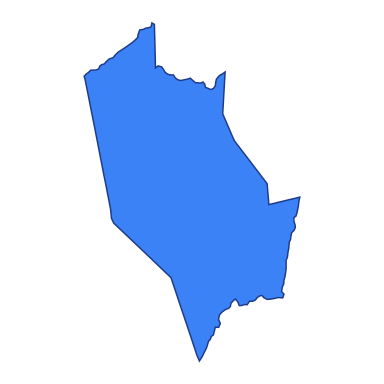 outline of Paraíba do Sul, Rio de Janeiro, Brazil
{"feature_id": "56859067B2096701978992", "entity_name": "Paraíba do Sul", "entity_type": "district", "adm_level": 2, "iso_a3": "BRA", "parent_name": "Brazil", "parent_adm1": "Rio de Janeiro", "projection": "natural_earth1", "projection_center": [-43.283, -22.187], "detail": "fine", "context": "isolated", "style": "filled", "palette": "blue", "viewbox_px": 384, "rotation_deg": 0, "n_neighbors": 0, "source": "geoboundaries", "source_scale": "gbopen_adm2", "svg_char_len": 1999}
<svg xmlns="http://www.w3.org/2000/svg" viewBox="0 0 384 384"><path d="M84.2,76.2L85.1,79.5L88.8,98.1L91.1,109.9L93.3,120.7L97.4,141.7L103.9,175.2L106.4,187.4L107.3,192.4L108.7,199.4L110.6,209.4L111.5,218.4L113.7,223.1L147.7,255.4L171.0,277.7L177.1,295.8L178.4,299.9L179.4,302.8L186.6,324.2L187.8,327.8L191.2,337.9L196.9,355.2L199.4,361.0L202.0,357.0L203.7,353.4L205.1,350.8L206.3,348.4L207.5,344.8L208.5,341.4L210.3,339.3L211.3,336.5L213.4,334.9L214.4,331.0L215.3,327.3L218.7,327.3L220.3,323.4L218.5,319.2L219.6,314.6L222.6,311.6L225.6,309.5L228.6,308.3L230.4,306.4L231.0,303.2L233.4,300.6L235.5,299.1L237.8,301.9L239.3,305.6L241.7,305.5L244.6,304.5L247.1,304.8L249.5,301.2L252.5,301.3L255.4,300.0L257.5,297.3L259.7,295.9L262.1,295.5L263.7,297.6L267.2,299.4L270.8,299.1L274.7,298.4L277.8,297.6L280.0,297.6L282.7,297.9L284.0,294.2L281.6,291.7L282.3,287.2L283.8,283.6L283.9,280.4L284.9,276.9L285.6,272.7L286.1,268.6L286.1,264.3L286.1,260.3L287.4,257.3L288.0,252.0L288.8,248.2L289.0,245.1L289.2,242.3L290.6,239.4L290.8,236.7L291.7,232.7L294.1,230.3L295.3,227.6L295.1,225.0L294.0,221.4L293.8,217.6L295.8,216.3L297.0,212.9L297.5,210.2L298.1,207.3L298.5,204.8L298.9,201.2L299.8,197.1L294.7,198.4L287.4,200.1L268.9,204.6L267.1,183.7L239.7,147.7L237.6,145.0L234.6,141.1L232.8,137.3L222.7,113.8L225.1,72.0L222.6,73.8L220.1,75.1L218.1,77.0L216.4,79.2L215.7,82.5L215.3,85.9L213.5,88.4L210.6,89.6L208.3,88.4L205.5,87.4L204.8,84.2L203.0,82.0L200.3,83.2L198.0,82.7L195.6,82.8L193.4,81.0L190.3,78.2L187.1,79.2L184.1,79.8L180.9,80.5L177.9,79.8L175.3,77.9L173.5,75.0L169.5,74.8L167.0,73.7L165.0,72.1L163.8,69.9L161.7,66.9L158.2,65.9L155.5,67.9L154.4,24.4L151.9,23.0L151.1,26.8L148.6,27.7L146.0,28.1L143.2,29.4L139.7,30.0L138.1,34.5L137.6,37.6L134.6,40.5L132.5,42.4L129.3,44.6L126.8,46.5L122.6,49.3L118.5,51.9L115.4,54.8L113.2,57.6L109.2,59.0L106.3,61.5L104.4,63.9L101.6,64.7L99.7,66.2L98.8,68.8L95.7,70.1L93.0,70.1L90.7,70.2L88.4,72.5L86.5,73.8L84.2,76.2Z" fill="#3b82f6" stroke="#1e3a8a" stroke-width="1.5"/></svg>